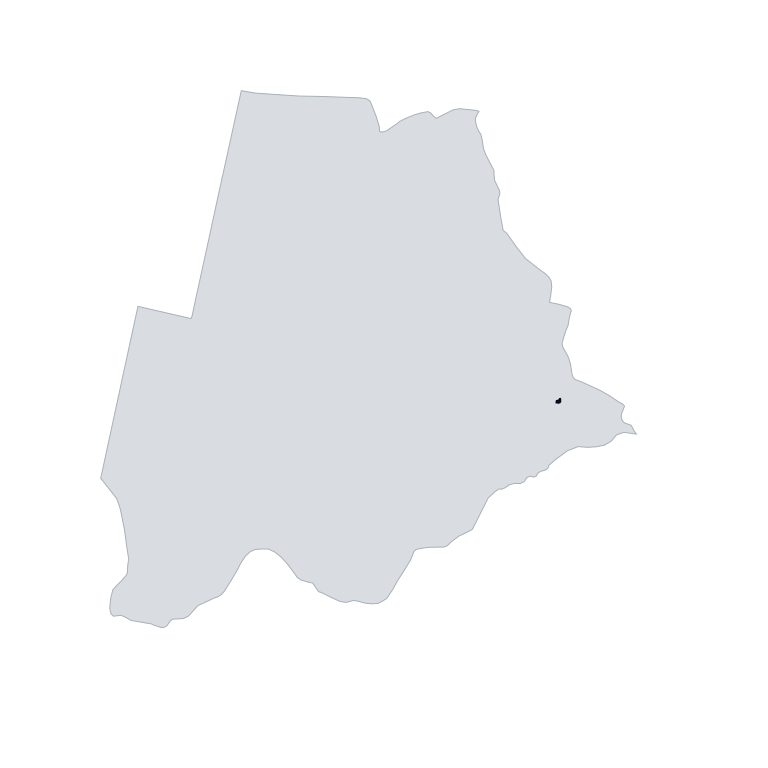 Selebi-Phikwe on a map of Botswana (Robinson projection), rotated 13°
{"feature_id": "BWA-5504", "entity_name": "Selebi-Phikwe", "entity_type": "Town", "adm_level": 1, "iso_a3": "BWA", "parent_name": "Botswana", "parent_adm1": "", "projection": "robinson", "projection_center": [27.845, -21.959], "detail": "fine", "context": "in_parent", "style": "filled", "palette": "ink", "viewbox_px": 768, "rotation_deg": 13, "n_neighbors": 0, "source": "natural_earth", "source_scale": "10m", "svg_char_len": 3264}
<svg xmlns="http://www.w3.org/2000/svg" viewBox="0 0 768 768"><g transform="rotate(13 384 384)"><path d="M415.2,97.0L414.1,100.1L413.3,104.7L414.3,108.1L416.6,112.7L419.8,116.7L422.2,119.0L425.1,124.9L428.0,132.3L431.9,138.1L443.1,151.2L444.3,155.9L445.9,160.6L453.0,169.6L454.1,172.5L453.6,178.6L460.9,196.9L465.6,207.6L469.7,209.5L482.5,220.9L493.8,230.0L506.9,236.2L516.5,240.3L521.3,243.3L523.7,246.1L525.6,251.6L526.6,261.1L526.9,267.2L537.3,267.0L545.8,267.5L548.9,268.7L550.0,270.5L549.7,274.5L549.8,280.6L550.2,285.4L549.3,290.6L548.7,296.8L548.3,304.3L549.6,307.3L557.9,316.8L561.4,323.0L565.1,332.4L567.2,335.4L569.0,336.6L576.4,337.6L595.6,341.5L607.5,345.1L616.9,348.8L620.8,349.8L622.7,350.8L623.3,351.7L622.1,359.8L622.5,362.5L623.6,364.8L625.2,366.7L627.1,367.8L634.2,368.7L638.5,373.7L641.2,376.0L628.3,377.2L622.0,381.3L618.2,388.7L612.4,394.1L604.5,397.6L596.2,400.0L587.3,401.3L577.9,407.6L568.0,419.1L562.9,426.2L562.7,429.2L560.4,431.7L556.2,433.9L553.8,436.5L553.2,439.5L550.9,441.0L547.0,440.9L544.2,443.1L542.6,447.6L539.0,450.4L533.6,451.4L528.9,454.0L525.0,458.1L521.9,460.2L519.8,460.3L516.5,463.7L511.1,471.7L510.2,475.5L502.8,505.7L498.8,509.3L491.0,515.5L484.7,523.0L482.0,527.4L479.0,529.4L464.5,533.0L459.1,535.0L452.6,537.9L450.9,540.4L449.4,549.8L444.9,563.2L441.3,573.0L439.0,581.6L434.9,592.3L431.4,595.9L427.3,599.2L422.1,600.8L414.8,601.8L408.3,601.5L403.2,601.7L396.1,605.4L389.6,605.7L379.1,603.5L370.6,601.4L366.8,601.0L359.3,594.0L354.5,594.1L347.1,593.6L343.0,592.0L339.1,588.4L330.7,581.4L322.6,575.7L315.3,572.3L308.6,570.8L302.2,572.2L297.3,573.7L295.4,574.4L291.5,577.3L287.7,582.9L284.5,591.6L283.3,596.9L279.8,608.2L275.1,621.8L272.9,625.7L270.2,628.6L266.1,631.2L252.4,641.9L245.7,654.1L241.4,657.6L236.2,659.2L231.8,660.3L229.4,662.3L226.8,668.4L224.4,670.6L221.8,671.4L214.0,670.7L211.4,670.1L190.6,671.3L184.3,669.3L179.7,668.5L172.7,671.1L169.7,669.4L167.2,664.3L165.9,654.1L166.1,645.4L169.9,638.8L173.0,634.0L176.1,627.7L176.4,624.9L175.7,622.4L175.0,617.2L174.6,611.9L169.9,600.3L164.2,585.0L156.5,567.9L154.1,563.2L149.3,555.8L131.8,541.6L129.2,539.7L129.2,538.1L129.0,524.4L128.7,506.2L128.5,488.1L128.2,469.9L128.0,451.7L127.7,433.6L127.5,415.4L127.2,397.2L127.0,379.0L126.8,363.7L139.3,363.7L154.7,363.7L173.1,363.7L181.2,363.7L181.7,361.2L181.5,350.0L181.2,324.1L180.9,298.2L180.6,272.4L180.2,246.5L179.9,220.6L179.7,194.8L179.4,168.9L179.1,143.0L179.0,130.3L193.2,129.5L209.6,126.9L236.1,122.6L260.8,117.4L277.0,114.3L296.1,110.6L302.7,110.0L304.5,110.5L307.1,111.8L316.0,124.7L321.6,134.5L322.8,138.8L323.9,139.2L326.5,138.5L329.4,136.9L338.4,127.1L340.2,124.6L346.0,119.8L352.9,115.0L359.2,111.5L365.6,108.7L368.5,109.4L372.0,111.9L375.1,113.4L389.5,101.5L395.9,98.7L412.8,96.6L415.2,97.0Z" fill="#d9dde1" stroke="#a8b0b8" stroke-width="1"/><path d="M559.1,358.6L559.3,358.9L559.5,359.5L559.5,360.0L559.4,360.6L559.9,360.9L560.0,361.2L559.8,361.5L559.8,362.0L559.5,362.6L558.8,362.9L558.3,363.3L557.9,363.4L557.5,363.0L557.1,362.9L556.6,363.3L556.1,363.5L556.0,363.1L555.9,362.7L556.1,362.3L556.1,362.0L555.9,361.8L555.9,361.5L556.5,361.1L556.9,361.3L557.3,361.3L557.8,361.0L557.8,360.4L558.2,359.8L558.3,359.4L558.5,358.8L559.1,358.6Z" fill="#0f172a" stroke="#020617" stroke-width="1.5"/></g></svg>